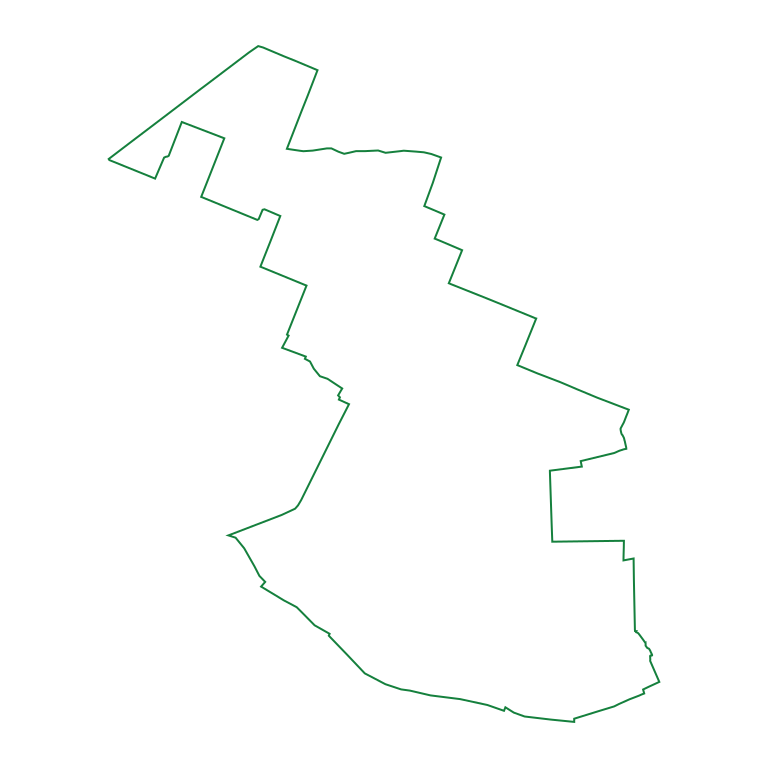 the district of Seaca, Teleorman, Romania
{"feature_id": "2599482B69816057768197", "entity_name": "Seaca", "entity_type": "district", "adm_level": 2, "iso_a3": "ROU", "parent_name": "Romania", "parent_adm1": "Teleorman", "projection": "mercator", "projection_center": [25.083, 43.758], "detail": "fine", "context": "isolated", "style": "outline", "palette": "green", "viewbox_px": 768, "rotation_deg": 0, "n_neighbors": 0, "source": "geoboundaries", "source_scale": "gbopen_adm2", "svg_char_len": 3068}
<svg xmlns="http://www.w3.org/2000/svg" viewBox="0 0 768 768"><path d="M228.4,535.4L235.6,537.7L239.9,543.0L244.2,548.3L254.5,566.4L259.4,575.9L265.2,581.9L261.1,586.6L283.9,600.4L296.7,607.2L302.2,612.7L314.6,625.3L329.6,633.8L328.8,635.7L347.4,655.0L364.8,673.4L385.4,684.2L401.1,689.4L409.9,690.6L430.5,695.4L460.1,699.1L487.4,705.0L504.0,710.8L505.4,707.3L513.8,712.6L524.6,716.5L551.0,719.6L574.2,721.9L574.2,718.7L598.4,711.2L614.2,706.4L619.2,703.9L629.5,699.3L633.7,697.7L639.4,695.5L641.3,694.6L644.2,693.5L643.1,689.5L648.9,686.7L659.3,681.9L650.2,661.0L650.2,660.2L650.3,659.2L650.2,658.3L650.2,657.3L650.1,656.2L650.2,655.8L650.4,655.6L650.6,655.5L650.8,655.5L651.1,655.5L651.4,655.6L651.6,655.6L651.9,655.5L652.1,655.3L652.1,655.0L652.0,654.6L651.7,654.0L651.1,652.7L650.8,652.2L650.5,651.4L650.1,650.5L649.8,650.0L649.2,649.0L648.8,648.6L647.6,648.1L647.1,647.7L646.9,647.6L646.3,646.6L645.6,645.7L645.6,643.4L645.5,643.0L645.5,642.7L645.3,642.8L644.1,641.1L642.9,639.4L641.2,637.1L640.1,635.6L639.2,634.4L638.7,633.8L638.3,633.3L637.9,633.0L637.5,632.7L636.9,632.5L636.3,632.3L636.1,632.2L635.9,632.0L635.8,631.3L636.0,631.1L635.0,631.0L634.9,629.6L633.9,580.2L633.6,558.5L631.5,558.9L623.5,560.4L623.5,559.0L623.6,554.3L623.8,547.2L623.9,540.8L622.2,540.8L614.2,540.9L552.3,541.7L551.7,525.5L549.9,471.8L549.9,470.7L581.8,466.6L580.7,461.1L614.2,453.0L614.7,452.8L615.9,452.3L617.4,451.6L618.8,451.0L619.7,450.6L620.5,450.4L621.3,450.1L622.4,449.8L623.1,449.5L624.7,449.1L626.3,448.8L626.2,447.5L625.6,444.9L625.0,442.2L624.8,441.2L624.5,440.4L624.2,438.9L623.9,437.9L623.8,437.6L623.4,436.9L622.9,435.9L622.5,435.1L622.3,434.9L622.0,434.7L621.7,434.2L621.6,433.9L621.3,433.1L620.8,430.9L620.6,429.6L620.6,428.5L622.1,425.7L622.7,424.5L623.3,423.5L624.1,421.8L625.6,417.9L626.1,416.6L627.4,413.4L628.8,409.7L624.8,408.2L597.3,397.7L577.1,389.3L568.0,385.4L560.4,382.2L540.6,374.6L537.9,373.6L535.7,372.7L518.0,365.4L517.3,365.1L525.6,344.8L526.6,342.3L536.2,318.5L535.5,318.3L491.5,300.3L448.8,283.3L458.1,260.2L462.1,250.2L439.6,240.6L434.7,238.6L444.4,214.6L431.7,209.2L424.3,206.1L432.8,182.9L441.1,157.5L431.3,154.0L423.9,152.3L415.9,151.6L403.7,150.7L400.7,151.1L385.6,152.8L378.1,150.5L365.6,151.1L356.2,151.1L348.9,152.8L344.2,153.8L338.4,151.7L331.4,148.4L326.9,148.4L312.7,150.6L303.4,151.2L300.2,150.8L289.4,149.2L286.9,148.8L301.4,111.5L307.8,95.4L317.5,70.2L295.4,60.9L283.7,56.2L263.1,47.5L261.0,46.9L258.2,46.1L253.1,49.6L248.8,52.6L203.9,86.6L200.8,88.9L163.4,117.4L129.4,143.2L108.7,159.0L109.4,160.1L155.1,178.6L164.1,157.6L165.8,156.8L167.6,156.5L168.8,155.7L169.3,154.3L181.8,122.0L224.3,138.3L207.8,180.2L201.2,196.9L257.3,219.9L258.7,219.1L262.6,209.8L264.5,209.3L276.0,214.2L280.3,216.0L270.4,241.4L263.9,257.8L260.4,266.7L306.5,285.6L287.0,334.6L288.6,335.6L282.1,347.8L305.8,356.6L304.9,358.8L310.0,361.5L313.8,368.7L319.9,376.2L327.5,378.8L342.2,388.5L338.1,395.4L339.9,397.3L338.9,399.6L349.0,404.2L338.8,424.1L301.1,500.2L298.0,505.4L295.1,508.7L281.8,514.9L228.4,535.4Z" fill="none" stroke="#15803d" stroke-width="2"/></svg>